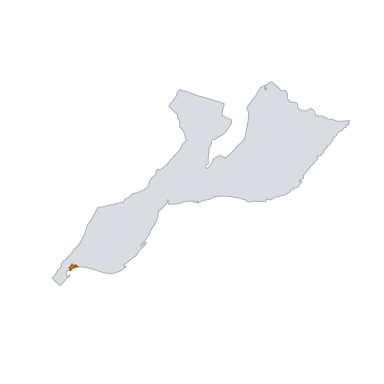 Marracuene, Maputo, Mozambique shown in context, rotated 41°
{"feature_id": "85939544B2591372162698", "entity_name": "Marracuene", "entity_type": "district", "adm_level": 2, "iso_a3": "MOZ", "parent_name": "Mozambique", "parent_adm1": "Maputo", "projection": "equal_earth", "projection_center": [32.747, -25.675], "detail": "fine", "context": "in_parent", "style": "filled", "palette": "amber", "viewbox_px": 384, "rotation_deg": 41, "n_neighbors": 0, "source": "geoboundaries", "source_scale": "gbopen_adm2", "svg_char_len": 4878}
<svg xmlns="http://www.w3.org/2000/svg" viewBox="0 0 384 384"><g transform="rotate(41 192 192)"><path d="M131.1,265.4L133.1,263.5L146.4,245.1L147.2,244.4L146.1,241.4L147.9,237.8L148.1,232.3L148.6,231.4L150.7,229.5L153.5,223.8L155.2,219.4L155.4,217.3L152.9,211.2L152.2,208.0L152.9,205.1L153.2,202.5L152.9,201.6L151.3,200.5L151.0,199.4L151.0,198.0L151.4,197.2L153.3,196.0L153.7,195.3L155.2,188.2L154.7,182.9L154.7,176.8L155.1,170.4L154.9,166.9L153.7,162.7L153.6,159.7L154.5,157.7L154.6,156.4L151.6,155.8L150.1,154.1L144.5,151.3L140.1,151.0L136.5,146.8L133.6,146.1L130.0,143.1L118.5,142.6L118.1,142.2L117.6,133.1L117.2,130.1L115.7,126.8L115.3,124.6L115.4,123.1L121.8,119.8L134.3,115.1L137.0,113.5L158.3,104.1L158.9,104.7L161.0,109.5L164.6,114.9L165.4,114.1L170.5,113.3L171.3,112.6L172.8,112.1L174.6,111.8L175.2,112.1L177.1,115.5L177.8,121.8L177.8,126.0L177.6,129.0L176.1,132.5L174.9,137.0L173.3,139.4L173.3,140.5L175.2,143.1L175.6,144.2L175.5,146.5L175.7,147.4L177.4,148.8L178.6,151.0L183.2,157.4L184.3,158.5L185.3,158.8L185.7,160.0L185.4,161.5L184.7,162.3L185.0,163.5L185.9,164.5L188.0,164.3L188.3,163.9L188.1,158.3L187.4,155.0L186.5,153.5L188.3,147.4L189.3,145.8L192.8,145.1L194.4,144.5L195.0,143.8L195.6,141.9L196.0,136.5L196.2,131.4L195.8,128.4L196.4,123.9L197.1,121.2L196.8,120.6L196.5,116.9L187.9,101.8L183.0,95.1L182.2,94.4L179.4,93.8L178.0,91.4L176.9,77.9L175.1,68.1L178.0,61.6L178.9,57.4L179.5,56.8L181.9,56.5L190.5,56.7L192.7,57.1L193.6,56.7L195.9,54.1L197.7,54.2L200.2,55.8L201.5,57.2L201.8,58.4L203.4,59.1L206.5,59.3L208.8,58.7L210.2,57.2L211.7,56.5L213.2,56.4L214.4,56.9L215.2,57.9L216.7,58.7L218.9,59.2L221.4,58.5L224.1,56.6L225.6,54.7L226.4,51.5L226.9,51.0L230.7,50.7L232.7,51.4L235.2,53.4L239.7,49.8L242.5,48.5L245.1,48.5L247.3,47.7L249.1,45.9L250.9,44.9L254.6,43.6L257.1,41.8L264.1,34.8L264.8,36.8L266.2,38.6L264.3,40.7L265.9,42.0L264.7,43.9L264.6,45.2L265.1,46.6L264.3,48.8L263.3,50.5L263.0,51.8L263.9,54.1L263.4,58.1L264.8,64.9L264.3,67.2L264.6,72.5L264.0,74.4L264.9,75.1L265.3,77.2L264.9,80.9L263.4,82.5L263.2,84.0L265.1,84.1L265.1,88.7L264.8,90.1L265.2,91.6L264.6,93.4L265.2,100.8L265.2,106.2L265.3,107.1L266.9,108.0L266.9,109.5L265.8,111.4L265.9,114.3L267.0,112.0L267.7,112.0L268.4,112.9L268.4,116.2L268.7,117.8L268.5,119.2L266.5,121.9L266.4,124.5L265.7,124.9L265.3,125.5L265.8,127.0L265.7,128.3L264.4,132.5L257.7,142.3L257.6,143.9L255.9,147.0L254.1,147.5L253.1,148.4L253.8,151.1L245.1,158.0L244.2,158.9L242.8,161.5L239.9,162.8L236.8,163.0L236.3,163.5L229.2,166.7L227.8,168.2L224.8,169.6L220.1,173.0L216.2,176.3L211.8,181.2L211.2,183.8L209.1,187.2L206.0,191.2L204.1,194.6L204.0,196.1L202.9,196.5L202.0,195.1L201.6,197.8L200.8,198.0L200.0,197.5L196.1,200.4L193.2,203.6L189.1,210.0L183.1,216.1L181.7,216.2L179.9,214.1L178.9,213.9L180.4,216.3L180.3,221.4L179.5,227.4L179.6,228.7L183.5,235.1L185.4,242.5L185.5,246.3L187.5,251.2L188.3,258.5L188.0,265.3L189.0,266.4L189.4,265.4L189.5,261.2L190.1,260.0L190.6,260.2L191.1,262.5L191.3,264.9L190.5,270.3L190.7,272.4L191.6,276.1L190.5,280.3L188.6,291.8L189.0,292.6L189.9,292.8L190.3,291.6L190.8,291.6L191.1,292.3L190.3,296.9L189.5,298.9L186.9,303.7L185.5,305.8L183.2,307.9L177.8,311.1L167.0,315.7L160.1,319.3L154.7,323.6L152.4,326.5L151.4,329.8L149.5,333.2L151.1,336.1L153.1,338.2L154.1,334.8L154.6,334.7L153.7,349.0L146.2,349.2L144.1,348.7L142.9,348.8L142.8,342.9L141.9,338.4L142.3,335.2L142.1,333.5L140.6,332.4L140.2,328.9L141.1,326.3L141.0,304.3L138.4,293.6L134.8,285.9L134.6,282.0L133.0,273.4L131.1,265.4ZM179.8,67.2L180.7,66.6L180.9,65.4L180.3,64.9L179.8,65.0L179.5,66.8L179.8,67.2ZM179.2,65.1L178.5,64.3L178.0,64.5L177.8,65.2L178.3,66.1L178.9,66.1L179.2,65.1Z" fill="#d9dde1" stroke="#a8b0b8" stroke-width="1"/><path d="M149.2,329.6L149.3,329.6L150.3,330.1L151.0,330.4L151.0,330.2L151.1,329.9L151.3,329.8L151.3,329.7L151.5,329.6L151.5,329.8L151.6,330.0L151.6,330.3L151.6,330.5L151.7,330.8L151.8,330.8L151.8,330.7L151.7,330.7L151.7,330.4L151.6,330.2L151.6,329.9L151.6,329.7L151.5,329.4L151.6,329.2L151.6,328.9L151.7,328.6L151.7,328.3L151.7,328.2L151.8,328.0L151.9,327.6L152.0,327.3L152.1,327.1L152.2,326.8L152.3,326.6L152.4,326.4L152.5,326.2L152.6,325.9L152.7,325.7L152.8,325.6L152.9,325.4L153.0,325.3L153.1,325.2L153.3,324.9L153.5,324.7L153.8,324.4L154.0,324.2L154.3,323.9L154.5,323.7L154.8,323.5L154.8,323.4L152.5,323.4L152.5,323.5L152.4,323.5L152.3,323.8L152.2,323.8L152.2,324.0L152.1,323.9L151.9,323.9L151.9,324.0L152.0,324.1L151.9,324.3L151.7,324.3L151.7,324.5L151.7,324.8L151.5,325.0L151.4,325.0L151.2,325.2L151.2,325.3L151.2,325.5L150.8,325.6L150.6,325.6L149.3,325.5L149.0,325.4L149.4,326.8L149.2,327.6L149.1,327.9L149.1,328.0L149.3,328.2L149.4,328.4L149.4,328.5L149.5,328.7L149.4,329.0L149.3,329.3L149.2,329.6ZM151.3,330.5L151.4,330.4L151.4,330.2L151.5,330.0L151.4,330.0L151.4,329.9L151.2,330.0L151.2,330.3L151.3,330.4L151.3,330.5L151.3,330.5Z" fill="#f59e0b" stroke="#b45309" stroke-width="1.5"/></g></svg>